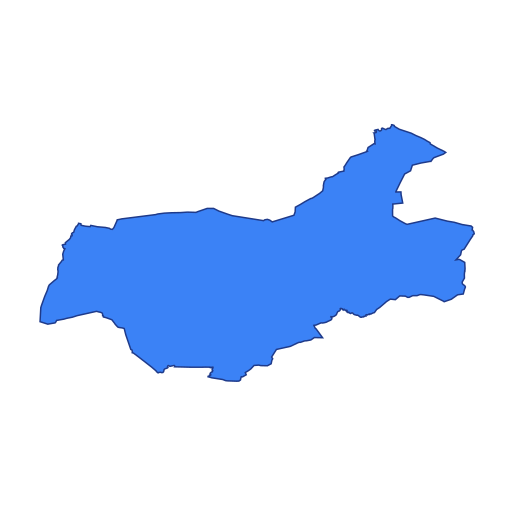 the district of Vecpiebalgas pag., Vecpiebalgas, Latvia, rotated 177°
{"feature_id": "27541924B76706291100017", "entity_name": "Vecpiebalgas pag.", "entity_type": "district", "adm_level": 2, "iso_a3": "LVA", "parent_name": "Latvia", "parent_adm1": "Vecpiebalgas", "projection": "equal_earth", "projection_center": [25.763, 57.071], "detail": "fine", "context": "isolated", "style": "filled", "palette": "blue", "viewbox_px": 512, "rotation_deg": 177, "n_neighbors": 0, "source": "geoboundaries", "source_scale": "gbopen_adm2", "svg_char_len": 5950}
<svg xmlns="http://www.w3.org/2000/svg" viewBox="0 0 512 512"><g transform="rotate(177 256 256)"><path d="M431.4,297.9L431.4,297.7L433.0,295.4L433.9,295.1L435.9,291.8L436.4,290.5L436.7,289.4L437.3,289.0L438.1,288.8L438.9,288.0L439.1,287.5L438.6,287.0L438.5,286.4L438.7,285.8L439.8,285.7L440.3,283.8L441.5,282.4L445.7,279.3L445.6,277.8L448.3,277.4L448.9,277.0L448.5,276.4L448.4,275.9L448.4,275.1L448.1,274.8L448.1,274.5L447.7,274.2L447.6,273.6L446.5,273.2L447.8,271.0L448.9,267.9L448.6,262.2L449.7,262.0L450.7,260.6L453.7,257.3L453.7,256.5L454.4,255.1L454.7,252.5L454.5,252.1L454.5,250.5L455.0,247.6L455.8,245.0L455.5,244.6L456.5,243.5L458.6,242.1L463.9,238.0L464.8,236.5L466.3,232.4L469.1,226.7L472.8,217.9L473.6,215.7L475.1,201.7L467.4,198.8L467.1,198.9L460.3,199.7L459.9,199.9L459.3,200.7L458.5,202.1L451.2,203.0L448.2,203.7L442.6,204.5L437.7,205.8L418.1,209.1L415.8,208.3L414.8,208.1L413.3,207.5L412.5,206.9L412.3,206.2L412.2,204.9L412.3,204.5L411.6,204.2L411.5,203.9L411.7,203.3L411.6,203.1L409.0,202.3L403.3,199.9L400.8,196.3L400.3,195.4L398.8,193.5L397.5,192.1L396.1,191.7L393.4,191.2L391.4,190.5L390.2,184.3L385.9,169.2L384.9,168.7L384.7,168.5L384.5,166.8L384.7,165.9L383.5,165.5L378.6,161.4L366.0,150.5L361.7,146.4L361.5,145.8L359.9,144.4L359.1,144.8L357.2,144.9L356.6,144.5L355.2,144.5L354.4,145.2L354.0,146.3L353.7,147.5L352.6,148.2L350.8,148.6L349.8,149.2L350.2,149.9L350.0,150.6L349.4,151.2L349.2,151.2L347.7,150.3L343.5,151.0L342.6,150.0L342.9,149.6L327.3,148.4L316.4,147.8L312.4,147.7L307.8,147.4L307.7,147.1L305.7,147.2L306.0,146.8L304.9,146.8L305.2,145.7L305.7,145.2L305.7,144.4L305.6,144.1L305.2,143.9L305.2,143.7L305.6,143.3L305.6,142.7L306.6,142.4L307.8,141.4L307.9,141.2L307.8,140.9L308.0,140.7L307.9,140.1L308.0,140.0L307.6,139.7L308.5,139.4L308.3,139.0L309.0,138.6L310.1,138.4L310.2,137.9L308.8,137.5L306.6,136.7L295.7,134.4L292.8,133.1L290.9,132.8L281.8,132.0L279.6,132.0L278.0,133.0L277.6,134.7L277.0,136.2L275.8,136.0L272.0,137.9L272.8,140.2L269.5,141.9L267.1,143.5L263.7,146.8L259.0,146.9L257.0,146.3L250.4,145.8L246.5,147.6L245.6,151.1L244.7,152.5L245.7,154.3L240.5,161.6L237.7,162.1L226.3,164.0L219.1,167.0L217.6,167.5L216.0,167.5L211.8,168.7L209.9,168.7L205.6,169.3L202.0,171.5L193.8,170.9L199.9,180.2L200.6,180.7L201.1,181.9L201.8,183.7L199.7,183.9L194.6,185.8L192.9,185.6L190.7,185.9L189.0,186.3L187.8,186.9L184.7,188.1L183.9,188.7L183.4,190.1L183.5,190.4L184.9,191.7L183.5,191.3L182.0,191.4L180.7,191.9L179.1,192.9L178.6,193.6L178.3,194.4L177.3,196.1L176.6,196.5L175.5,196.8L174.8,197.6L174.5,198.7L174.6,199.1L174.4,199.2L173.7,199.2L173.3,199.0L173.2,198.8L172.8,198.8L172.8,198.5L172.1,198.0L172.2,197.9L172.1,197.7L171.9,197.7L171.8,198.0L171.1,198.1L171.2,197.8L171.0,197.4L170.7,197.6L169.6,197.3L169.7,197.1L169.9,197.0L168.1,197.0L168.0,196.8L168.1,196.6L168.0,196.4L168.2,196.2L168.5,196.1L168.4,196.0L168.0,196.0L168.0,195.8L167.8,195.9L167.6,195.6L167.8,195.6L167.5,195.5L167.4,195.4L167.5,195.2L167.1,195.1L167.3,195.0L167.2,194.8L166.9,194.9L166.0,194.5L166.0,194.4L165.6,194.2L165.1,193.9L164.6,193.6L163.2,194.2L162.5,194.0L161.4,192.7L160.7,192.3L158.6,191.6L157.9,191.5L157.6,191.6L156.8,191.1L156.3,190.6L155.6,190.1L155.1,189.5L153.9,189.3L153.1,189.6L152.3,189.5L151.7,189.6L151.5,190.0L151.2,189.9L150.3,190.1L149.8,190.6L149.5,190.5L149.6,190.8L149.2,191.0L149.3,191.3L149.0,191.6L148.4,191.6L148.0,191.5L147.7,191.3L147.5,191.5L146.5,191.8L146.4,192.0L145.4,192.2L145.3,191.9L145.1,192.1L144.1,192.1L142.4,192.9L140.7,193.3L138.3,196.3L135.1,198.2L128.0,203.7L124.7,205.6L124.0,205.9L119.1,205.1L114.6,208.6L108.9,208.1L106.8,206.8L105.3,206.7L101.6,208.2L97.2,208.0L94.7,208.8L93.5,208.9L90.4,208.4L80.6,206.4L70.7,200.8L70.5,200.5L63.2,202.6L56.7,206.7L51.0,207.2L49.4,212.1L49.2,212.4L48.5,214.1L48.9,215.1L49.3,215.6L50.7,216.7L51.3,217.5L51.5,218.3L51.4,219.3L49.0,223.0L48.9,226.7L48.4,230.1L48.2,230.0L47.9,232.5L47.9,238.7L52.9,241.9L53.8,242.0L56.5,241.7L51.6,246.5L50.7,249.9L50.4,250.8L49.4,251.4L47.8,251.9L41.0,261.5L38.5,264.8L38.2,265.9L37.1,266.5L36.9,266.8L37.3,268.9L38.4,270.6L38.8,270.7L38.2,273.3L39.6,274.7L48.4,276.6L56.3,279.3L63.1,280.8L75.1,284.5L103.5,279.7L105.2,280.5L110.4,283.7L114.7,286.8L116.6,287.9L117.5,288.9L117.2,295.5L116.9,296.3L116.7,298.7L116.7,300.7L106.7,301.2L107.9,309.8L107.9,312.4L113.0,312.6L113.0,312.9L108.1,321.8L103.3,330.1L97.2,333.0L95.1,338.5L86.5,340.2L76.8,341.4L76.4,341.3L74.2,344.0L73.1,344.9L63.6,347.9L61.1,349.5L62.6,350.6L69.3,354.3L76.1,358.8L76.3,360.1L78.8,361.6L81.6,363.6L85.2,365.6L90.0,367.9L94.5,370.5L106.3,375.1L111.0,378.2L111.0,378.8L111.4,379.3L113.3,380.0L113.7,380.0L113.7,379.5L113.9,379.0L115.6,376.6L117.9,376.5L119.5,375.5L120.4,375.7L122.8,377.0L123.3,377.1L123.7,376.9L124.0,376.6L124.0,376.2L123.9,375.5L124.3,375.0L124.7,374.7L125.7,374.3L126.3,374.5L127.3,375.5L127.5,376.0L130.4,375.5L131.1,375.2L130.9,374.6L129.6,374.5L129.3,374.2L129.3,373.5L129.6,373.0L131.8,372.7L131.6,372.5L131.1,366.4L130.9,366.3L131.2,365.4L131.4,364.1L131.3,361.8L132.1,362.1L138.4,358.5L139.6,355.4L139.8,355.2L139.3,354.8L140.0,354.5L140.0,354.4L148.7,351.8L154.4,350.3L155.9,349.9L156.7,349.3L160.4,344.5L162.4,341.6L163.5,340.3L163.4,337.9L163.7,337.2L163.8,336.2L169.3,335.4L169.7,334.9L169.5,334.5L172.5,332.9L175.4,331.2L176.7,331.1L180.6,330.1L182.7,330.0L182.7,329.6L182.2,329.0L184.0,326.8L184.5,325.1L185.1,322.4L185.0,322.0L185.2,320.5L186.0,317.6L189.2,315.2L196.8,310.8L198.4,310.5L204.1,307.8L209.1,305.1L214.1,302.7L214.6,298.0L216.0,294.7L238.0,289.2L240.4,291.1L242.7,292.0L245.3,291.7L246.6,290.9L277.6,297.5L282.0,299.2L290.7,302.8L295.8,305.7L302.2,306.1L312.0,303.3L313.6,302.7L322.2,303.4L329.1,303.3L338.0,303.6L345.3,303.6L352.0,303.1L354.0,302.6L388.2,300.1L390.5,299.7L392.7,299.4L393.1,298.3L396.4,291.8L398.0,290.1L399.8,290.4L400.9,291.3L405.0,292.4L412.8,293.5L419.4,295.2L420.1,294.0L424.8,294.7L429.0,295.8L429.2,297.4L431.4,297.9Z" fill="#3b82f6" stroke="#1e3a8a" stroke-width="1.5"/></g></svg>